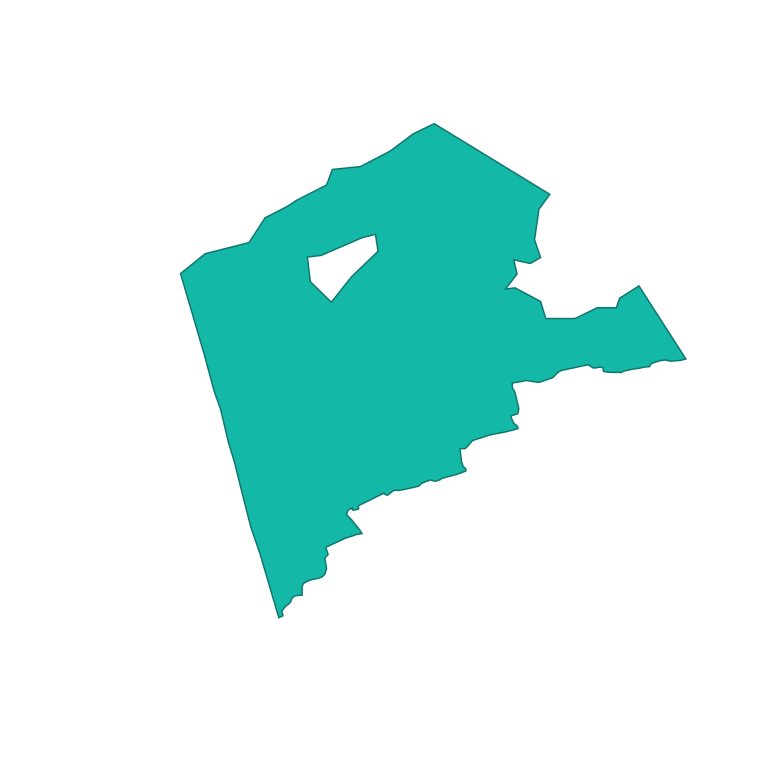 the district of Frederick, Virginia, United States of America, rotated 216°
{"feature_id": "52423323B68030863312797", "entity_name": "Frederick", "entity_type": "district", "adm_level": 2, "iso_a3": "USA", "parent_name": "United States of America", "parent_adm1": "Virginia", "projection": "robinson", "projection_center": [-78.349, 39.237], "detail": "fine", "context": "isolated", "style": "filled", "palette": "teal", "viewbox_px": 768, "rotation_deg": 216, "n_neighbors": 0, "source": "geoboundaries", "source_scale": "gbopen_adm2", "svg_char_len": 2044}
<svg xmlns="http://www.w3.org/2000/svg" viewBox="0 0 768 768"><g transform="rotate(216 384 384)"><path d="M613.5,353.7L571.4,321.3L569.9,320.1L545.6,301.3L516.7,278.0L501.2,267.4L475.0,244.9L458.8,232.7L437.8,215.0L407.3,189.7L384.7,173.9L331.7,133.1L329.5,137.2L333.4,140.2L332.8,146.8L331.8,149.9L331.4,153.2L332.6,155.4L332.1,158.7L331.0,160.9L326.1,165.1L330.9,171.6L332.0,175.1L330.5,178.6L327.9,182.8L323.1,188.0L320.6,191.7L320.1,195.5L321.9,200.8L329.5,208.4L329.0,213.2L335.1,217.7L324.7,236.5L317.7,246.1L313.9,250.0L318.0,251.7L330.2,255.0L337.6,256.4L338.9,260.3L338.6,261.7L336.8,265.1L335.7,263.7L334.7,263.8L331.4,267.4L331.2,268.2L333.1,270.0L332.3,272.1L321.0,293.6L320.0,295.5L318.6,295.2L315.8,296.0L313.5,303.9L309.6,306.5L306.8,309.3L296.8,320.6L295.6,322.2L295.6,324.3L294.2,327.5L290.1,333.6L285.3,335.4L282.1,339.9L282.5,340.4L281.6,341.8L271.4,354.5L266.7,361.6L267.4,363.1L269.7,363.8L271.0,363.5L275.9,366.9L284.3,376.2L284.4,376.5L280.3,379.4L279.7,382.9L279.1,390.4L268.1,405.4L262.6,411.3L259.0,415.1L257.3,416.9L256.1,418.3L255.3,419.4L250.8,424.8L249.4,426.7L251.2,428.2L256.4,428.7L261.7,431.9L262.3,433.1L258.3,438.6L260.5,443.4L273.4,454.4L277.9,456.4L280.8,460.2L272.8,468.3L271.6,470.1L259.6,476.3L251.2,488.4L250.2,495.3L248.7,498.9L230.3,519.5L224.2,520.0L221.6,521.8L221.0,523.1L218.3,525.2L216.4,525.9L214.6,523.8L213.6,523.3L208.4,526.0L198.6,533.0L197.8,535.2L190.3,543.5L186.9,546.6L183.3,550.7L179.4,554.1L179.9,556.0L179.1,558.7L173.8,565.8L170.4,568.9L165.7,570.8L158.1,577.3L154.5,581.7L235.4,613.2L243.8,591.9L240.8,582.3L256.3,571.0L267.9,549.3L291.6,532.0L305.8,542.8L334.5,538.8L341.6,532.2L341.0,551.2L352.0,560.7L336.5,567.5L331.6,578.3L347.0,589.2L361.4,616.5L361.3,634.9L496.4,624.1L507.4,603.6L515.9,576.1L530.9,546.0L551.9,527.2L547.4,511.3L562.4,481.9L567.0,470.0L577.9,448.6L576.3,419.1L605.2,384.4L613.5,353.7ZM473.3,451.7L474.7,419.2L503.8,423.5L520.6,441.7L510.5,451.0L487.9,489.2L478.9,500.1L466.8,487.9L473.3,451.7Z" fill="#14b8a6" stroke="#0f766e" stroke-width="1.5"/></g></svg>